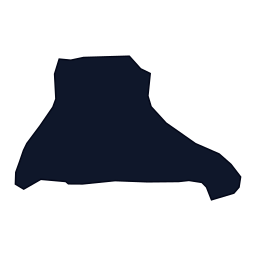 Santa Lucía Milpas Altas, Sacatepéquez, Guatemala
{"feature_id": "79465075B78305211974628", "entity_name": "Santa Lucía Milpas Altas", "entity_type": "district", "adm_level": 2, "iso_a3": "GTM", "parent_name": "Guatemala", "parent_adm1": "Sacatepéquez", "projection": "albers", "projection_center": [-90.675, 14.57], "detail": "fine", "context": "isolated", "style": "filled", "palette": "ink", "viewbox_px": 256, "rotation_deg": 0, "n_neighbors": 0, "source": "geoboundaries", "source_scale": "gbopen_adm2", "svg_char_len": 549}
<svg xmlns="http://www.w3.org/2000/svg" viewBox="0 0 256 256"><path d="M15.4,184.1L23.7,189.1L40.8,179.3L65.7,181.5L68.4,183.8L82.6,183.9L115.1,180.6L147.4,181.8L178.6,181.5L188.9,180.4L201.9,182.4L206.5,187.1L211.5,199.8L233.9,193.1L239.0,187.2L240.6,176.9L231.0,164.4L219.2,154.0L195.4,143.6L166.0,123.0L151.1,106.7L147.9,95.9L150.2,73.5L140.6,68.8L129.3,56.2L83.6,57.5L70.8,60.2L59.2,59.1L54.6,74.0L55.9,98.9L52.9,107.1L40.0,125.9L26.9,143.4L23.5,150.4L19.7,161.5L15.8,172.3L15.4,184.1Z" fill="#0f172a" stroke="#020617" stroke-width="1.5"/></svg>